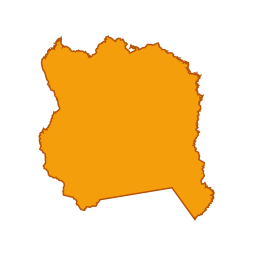 Towong, Victoria, Australia, rotated 11°
{"feature_id": "25037944B17734063205402", "entity_name": "Towong", "entity_type": "district", "adm_level": 2, "iso_a3": "AUS", "parent_name": "Australia", "parent_adm1": "Victoria", "projection": "mercator", "projection_center": [147.729, -36.366], "detail": "fine", "context": "isolated", "style": "filled", "palette": "amber", "viewbox_px": 256, "rotation_deg": 11, "n_neighbors": 0, "source": "geoboundaries", "source_scale": "gbopen_adm2", "svg_char_len": 5691}
<svg xmlns="http://www.w3.org/2000/svg" viewBox="0 0 256 256"><g transform="rotate(11 128 128)"><path d="M30.6,76.7L30.7,80.7L33.1,86.5L36.1,89.9L39.0,96.0L41.4,97.8L40.8,100.6L42.7,101.0L42.6,102.5L43.6,102.7L44.9,105.2L48.4,105.9L50.4,110.6L52.8,112.4L52.5,113.9L53.5,114.0L55.4,119.1L57.2,121.5L57.2,122.6L55.0,125.4L53.8,126.2L54.0,126.9L52.2,126.5L52.3,129.0L51.3,130.3L52.0,132.9L51.3,133.0L50.9,134.1L51.5,135.7L50.6,136.3L50.8,139.0L49.4,141.5L49.8,142.3L48.1,144.1L48.7,145.1L46.5,145.3L45.2,144.5L44.7,146.8L45.5,148.6L44.3,148.1L44.2,148.9L43.2,149.3L42.6,150.6L43.4,151.6L42.4,152.6L42.7,153.9L44.2,155.2L43.2,155.9L43.6,157.7L44.2,159.2L45.1,159.4L44.7,160.3L46.1,162.0L45.5,165.7L48.3,166.6L49.2,168.3L51.2,168.8L51.8,169.5L52.0,171.3L52.8,172.2L52.5,172.9L53.6,177.1L53.5,179.1L52.3,180.8L52.3,181.8L53.3,182.5L53.4,183.7L55.2,184.0L57.7,185.9L58.9,188.9L60.3,190.2L62.2,190.2L63.8,190.9L65.6,191.0L66.7,190.2L67.7,191.4L68.9,191.3L70.4,192.6L72.6,192.4L75.5,194.0L76.6,196.6L75.9,198.6L76.6,201.0L76.2,202.6L76.9,203.1L76.8,204.5L77.6,206.1L87.3,206.5L88.5,207.9L89.7,207.9L91.8,209.5L91.8,212.3L92.7,213.2L93.8,213.2L97.0,216.8L100.4,217.2L101.1,217.0L101.0,215.5L101.9,215.3L102.3,213.2L106.4,212.9L107.2,211.8L109.3,211.0L110.4,211.2L111.7,210.4L112.1,208.8L111.4,207.7L112.9,206.9L113.9,204.8L113.9,203.8L182.6,178.2L211.2,205.1L211.6,204.0L210.6,203.2L212.0,202.7L213.6,200.2L214.5,200.3L215.7,199.3L215.9,198.5L216.8,199.0L217.2,198.6L217.6,196.7L220.2,193.7L219.7,193.7L220.0,193.3L219.4,192.7L220.4,191.0L221.9,190.4L221.4,189.5L222.6,188.4L222.1,187.8L222.5,186.7L223.8,186.0L223.6,184.9L224.0,183.8L224.7,183.8L224.0,182.4L224.5,182.7L224.7,181.5L225.4,180.9L225.2,179.6L224.4,179.7L224.7,179.0L224.2,178.7L224.3,177.8L222.5,178.1L223.1,177.3L223.6,177.8L224.6,176.6L224.1,175.8L224.9,175.3L223.8,174.2L222.8,174.1L222.6,173.3L223.0,173.0L220.4,172.6L220.4,170.9L218.6,171.6L217.3,171.2L217.0,170.3L215.6,171.5L215.9,170.1L214.9,169.8L215.2,168.6L213.9,167.1L213.3,168.1L211.2,169.0L209.6,165.6L210.4,164.6L210.3,163.7L211.2,163.2L211.1,162.2L212.1,160.4L210.5,157.9L210.2,155.7L208.5,154.3L209.9,152.3L208.7,151.5L209.7,150.9L209.5,147.6L203.5,145.4L203.6,141.9L202.2,139.9L202.3,139.3L201.7,138.4L199.0,137.9L198.1,136.5L198.8,136.1L198.7,134.9L197.3,134.5L196.8,132.9L195.3,132.7L196.6,131.2L195.4,130.4L196.3,129.6L195.8,129.0L196.7,128.0L195.4,127.9L196.5,125.3L197.2,125.7L196.6,124.9L198.3,121.4L197.6,119.4L198.8,118.4L198.2,117.8L196.9,118.1L196.8,117.5L195.5,117.3L194.9,116.5L196.4,114.3L195.6,114.1L194.9,112.8L195.7,112.9L195.7,111.1L194.7,110.7L195.3,110.4L194.6,109.3L194.9,108.8L194.5,107.4L195.5,106.6L195.5,106.0L194.8,105.3L194.8,104.3L193.9,103.6L194.0,102.8L195.0,102.3L194.9,100.9L193.4,98.7L194.1,98.6L194.6,97.2L195.3,97.5L195.2,95.9L195.8,95.4L194.9,92.5L193.2,91.5L192.7,89.2L193.0,88.7L193.4,89.1L193.3,87.6L193.9,87.6L194.9,86.4L193.6,86.2L192.9,84.5L193.9,84.9L194.3,83.7L194.9,84.3L195.3,81.9L194.6,82.4L193.9,81.8L194.3,82.3L193.9,82.6L193.4,81.8L192.5,82.1L191.5,81.2L190.9,81.6L190.8,80.9L190.6,81.9L189.9,81.8L189.7,80.0L189.0,79.4L189.2,78.6L187.6,77.9L188.4,77.4L188.0,77.0L188.9,76.9L187.9,76.7L188.4,75.8L187.7,75.9L188.4,75.4L188.2,74.7L188.8,74.6L188.5,74.2L189.0,73.4L188.2,73.7L188.4,72.8L187.7,72.7L188.1,72.2L187.1,72.2L187.4,71.6L186.7,71.8L185.9,70.9L186.6,70.2L186.3,69.1L187.0,69.5L187.9,68.5L187.4,67.2L189.0,65.2L188.6,63.6L189.1,62.7L187.9,63.2L187.7,64.0L187.4,63.3L186.9,63.8L187.0,62.7L186.5,62.4L187.2,62.1L186.2,62.4L186.2,61.5L185.8,62.7L184.8,62.7L184.9,61.1L183.4,62.8L182.0,62.3L182.4,61.6L180.2,62.8L178.9,61.9L178.3,63.0L176.7,61.9L177.3,61.0L176.6,60.6L177.9,60.5L176.7,59.2L174.6,58.7L175.2,58.0L174.4,57.6L175.4,57.4L174.8,57.0L175.5,55.6L175.0,55.2L175.4,54.3L175.0,53.6L174.1,53.6L175.0,52.9L174.8,52.4L172.0,51.9L172.6,52.4L172.3,53.3L170.9,52.8L169.9,53.7L169.8,52.6L168.3,51.5L167.8,52.0L167.2,51.2L166.5,51.7L166.2,50.7L164.4,51.2L164.1,50.1L164.7,49.6L163.4,49.8L163.1,49.3L162.9,50.1L161.8,49.1L159.2,49.2L158.5,48.4L158.9,47.6L157.3,46.2L155.7,46.0L152.5,46.9L150.8,46.0L151.9,45.0L150.3,44.9L149.2,44.1L146.6,44.5L144.5,42.7L142.9,42.2L142.8,40.8L141.2,38.8L136.6,42.0L135.3,41.6L131.1,42.3L129.6,45.6L126.8,46.7L123.7,49.1L122.9,48.5L123.1,47.7L122.5,47.2L120.3,46.8L119.9,48.1L119.3,48.3L119.0,47.1L117.5,47.1L118.1,46.2L116.9,47.0L115.1,46.1L115.0,47.0L115.5,47.4L114.8,49.0L116.7,47.7L117.7,49.0L120.4,48.8L120.8,50.2L115.5,54.1L114.5,52.7L111.7,50.7L110.5,50.5L110.3,49.2L109.5,48.4L111.2,45.8L109.7,44.9L108.9,45.6L106.0,41.8L105.1,42.9L104.0,43.0L103.5,41.7L101.1,42.0L99.5,43.5L99.8,44.7L98.9,45.4L94.2,42.9L91.9,42.8L91.3,41.8L89.0,43.0L89.3,44.2L88.4,45.0L89.6,45.3L88.6,45.9L89.3,47.9L87.9,47.7L86.3,48.8L86.7,48.6L86.0,49.4L86.4,49.7L83.7,51.5L82.9,53.5L83.2,55.3L82.2,55.9L81.6,57.1L81.7,58.3L82.8,59.8L81.3,61.9L79.4,62.9L79.0,64.3L77.3,65.7L77.1,64.5L76.3,64.0L75.9,64.4L76.7,65.3L75.9,65.7L74.5,63.5L74.9,62.9L72.1,62.1L71.7,61.3L70.8,62.1L68.7,61.3L66.2,61.8L64.7,61.1L64.1,62.1L63.0,61.9L61.8,63.2L60.1,62.8L58.7,63.5L55.7,61.9L55.7,61.1L51.9,59.6L50.3,60.6L49.4,59.8L48.5,61.0L48.6,59.7L46.4,58.3L45.8,57.0L45.9,55.7L45.4,55.0L45.7,54.4L45.0,54.1L45.5,53.3L45.1,52.2L44.7,53.4L44.0,53.0L43.2,53.5L43.9,54.9L42.4,54.3L42.3,54.9L43.0,55.3L42.8,55.9L42.1,55.5L40.9,55.4L42.2,55.7L42.3,56.7L41.4,57.4L40.9,56.5L41.1,58.6L40.0,58.9L41.9,60.0L41.2,61.2L40.7,61.2L41.1,62.0L40.8,62.8L39.9,62.2L40.5,64.0L39.7,63.3L39.3,64.1L38.1,64.2L38.9,64.7L37.9,64.8L37.1,66.3L36.0,65.6L35.8,67.3L35.0,66.7L34.6,68.4L35.2,70.1L34.3,70.7L34.6,71.5L33.4,71.7L33.1,73.3L34.0,73.7L33.6,75.2L32.9,74.4L31.8,74.5L31.8,75.5L30.6,76.7Z" fill="#f59e0b" stroke="#b45309" stroke-width="1.5"/></g></svg>